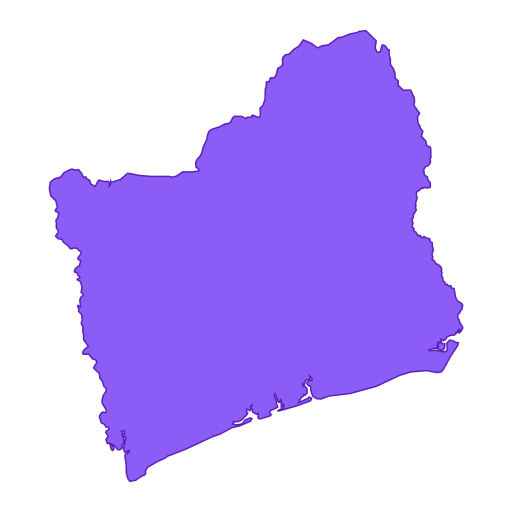 the district of Pebane, Zambezia, Mozambique
{"feature_id": "85939544B33364168787730", "entity_name": "Pebane", "entity_type": "district", "adm_level": 2, "iso_a3": "MOZ", "parent_name": "Mozambique", "parent_adm1": "Zambezia", "projection": "robinson", "projection_center": [38.512, -16.709], "detail": "fine", "context": "isolated", "style": "filled", "palette": "violet", "viewbox_px": 512, "rotation_deg": 0, "n_neighbors": 0, "source": "geoboundaries", "source_scale": "gbopen_adm2", "svg_char_len": 5992}
<svg xmlns="http://www.w3.org/2000/svg" viewBox="0 0 512 512"><path d="M78.5,169.6L75.8,170.1L71.7,169.1L69.3,170.0L64.1,172.6L60.5,177.1L54.6,178.8L50.3,182.1L49.3,188.7L50.7,195.2L51.1,196.3L55.8,200.7L57.4,207.4L55.5,209.7L55.3,211.1L58.8,213.1L57.5,218.4L56.3,219.4L55.9,220.9L56.4,222.6L56.3,227.9L58.0,230.1L58.4,232.3L55.5,235.9L57.9,238.6L62.1,239.5L63.1,241.8L67.8,245.6L70.2,248.5L71.6,248.9L74.0,247.9L76.9,248.4L81.2,252.3L81.2,253.3L77.8,258.1L78.2,259.5L80.7,260.5L79.5,265.5L75.5,268.3L74.3,271.4L74.9,272.2L77.0,272.6L78.1,275.5L79.8,276.7L79.9,277.8L77.6,278.8L77.2,279.7L79.7,281.0L80.7,282.4L82.0,287.1L81.1,292.4L83.1,294.2L83.0,295.5L80.7,297.4L79.8,300.0L80.6,306.5L80.1,306.8L78.2,305.4L77.6,306.4L79.1,309.7L78.4,311.0L82.0,315.1L81.7,317.1L82.3,319.3L81.3,322.9L81.7,324.9L83.0,326.3L82.7,331.6L83.6,334.3L83.6,339.6L88.3,346.3L83.5,350.5L82.7,353.2L83.4,354.3L88.7,354.1L92.1,358.6L96.2,360.2L96.6,362.7L93.7,367.6L94.1,368.6L99.4,373.5L99.8,378.1L102.7,381.8L103.7,386.0L106.5,388.9L105.6,392.1L103.3,395.3L102.0,400.6L102.2,403.2L106.1,409.7L106.4,411.8L105.1,412.6L102.8,412.1L101.4,412.8L99.3,416.3L101.2,422.8L104.5,424.3L105.9,427.0L108.4,427.1L108.7,427.7L108.8,429.4L106.3,431.0L105.7,432.4L107.8,435.7L107.7,437.0L105.9,439.6L107.3,443.5L109.2,443.2L112.2,444.2L114.8,445.9L117.3,449.3L118.7,449.9L120.3,449.5L122.0,448.0L122.2,444.7L123.5,443.7L124.2,440.3L122.1,434.6L123.2,433.7L121.6,431.3L124.4,430.8L124.6,433.5L123.8,436.2L124.1,437.0L125.7,436.9L125.9,437.4L123.4,448.9L125.1,452.6L129.0,450.4L129.5,450.8L129.3,451.7L125.2,454.8L124.9,456.2L126.1,463.5L126.4,473.7L127.9,478.6L129.8,481.3L135.8,480.2L141.3,476.3L144.3,475.1L145.7,473.8L145.3,471.2L147.6,467.3L156.6,462.0L166.0,457.5L166.7,456.5L185.9,449.1L212.2,436.8L219.8,434.2L231.9,427.7L239.5,425.9L250.5,421.3L252.0,418.6L250.1,417.9L245.2,419.9L242.5,423.5L241.0,424.2L236.2,424.9L232.5,423.9L233.9,422.4L233.6,421.4L237.4,421.8L240.7,420.6L242.8,418.9L247.5,413.9L247.7,412.9L246.7,412.3L246.7,409.1L250.0,410.6L250.8,408.9L250.4,406.3L252.0,404.8L252.1,406.0L250.8,406.5L250.6,407.3L252.2,409.3L252.6,412.0L256.5,414.3L258.2,413.4L257.9,417.2L258.6,418.6L260.5,418.8L270.1,415.9L271.2,414.7L269.7,412.5L270.3,410.7L277.5,407.4L277.5,405.7L276.3,404.0L276.6,401.3L274.0,395.7L275.1,393.8L278.7,402.4L279.7,402.2L280.7,399.5L281.2,400.3L281.2,407.0L282.9,406.5L283.0,403.9L283.8,404.8L283.8,406.7L283.0,408.1L278.6,410.2L277.9,410.8L278.3,411.1L296.9,405.8L309.8,401.1L311.0,400.1L311.6,398.3L309.4,397.0L307.0,398.8L298.4,402.7L301.4,397.3L303.2,396.2L303.9,394.6L304.2,395.2L305.2,395.1L307.2,392.9L307.0,388.5L305.3,386.6L303.1,386.4L302.6,384.5L302.9,383.5L304.3,384.9L305.6,380.1L310.0,379.2L309.6,375.9L311.7,377.8L312.2,379.9L307.9,381.4L307.0,382.3L306.8,383.8L308.6,385.8L310.5,385.7L310.9,390.6L312.7,396.2L316.8,398.7L321.1,399.0L328.9,396.0L350.1,393.5L376.6,386.2L399.7,375.3L410.9,371.9L426.5,370.6L437.4,372.6L441.1,371.9L443.2,369.7L450.8,355.9L457.9,345.2L458.2,342.7L456.0,342.5L452.8,340.7L449.7,340.1L446.9,343.0L447.3,349.1L446.0,351.5L443.1,351.9L435.1,350.3L430.3,350.9L428.8,350.1L431.8,348.8L436.2,348.2L437.9,346.0L437.2,344.4L437.9,342.4L441.4,341.5L441.0,339.2L443.6,340.6L445.5,339.5L447.2,336.6L452.2,335.0L454.2,335.2L456.2,333.4L455.8,332.7L456.9,332.5L458.0,330.2L459.6,329.2L459.8,330.2L458.4,332.5L459.1,333.0L461.0,331.3L462.6,328.6L462.6,326.9L459.6,322.4L459.3,320.1L457.9,318.3L457.7,315.8L458.4,313.7L459.6,313.1L460.5,310.7L461.9,309.5L462.7,305.3L461.7,303.5L457.4,300.8L456.6,299.6L455.5,296.8L454.1,288.5L451.4,288.0L450.9,285.7L448.5,286.2L447.3,284.3L445.4,284.6L444.6,282.0L442.9,280.8L442.8,277.9L441.5,275.8L442.0,272.3L441.3,271.1L441.7,268.8L440.8,267.7L440.9,266.8L437.9,264.3L436.3,264.0L433.9,260.3L432.0,259.5L432.8,256.8L431.9,254.3L433.4,250.1L432.3,245.8L432.3,242.9L430.2,241.5L429.7,238.7L426.0,237.9L424.0,236.4L423.3,237.6L421.5,237.5L420.5,235.6L419.3,235.9L418.2,235.1L417.6,235.6L416.0,232.2L413.8,231.0L413.9,228.4L412.7,227.5L412.0,225.9L413.0,223.3L411.8,219.6L413.1,218.0L413.5,214.6L416.2,210.2L415.5,207.3L416.0,205.5L415.4,203.9L417.2,197.7L416.3,195.7L416.6,192.0L420.2,189.7L421.3,188.0L422.8,188.4L425.1,187.2L426.6,188.1L429.8,187.6L430.4,186.7L430.3,182.7L428.1,180.2L427.3,176.9L424.4,174.9L423.7,169.8L425.3,166.9L428.6,165.3L430.6,162.3L430.1,159.5L430.9,157.3L430.7,148.3L430.1,147.0L426.7,145.6L425.8,141.1L421.4,136.3L422.8,131.4L420.4,128.3L420.1,126.5L418.0,123.0L417.5,116.7L419.6,113.4L413.8,105.2L414.6,101.6L414.2,97.9L410.7,90.1L403.3,90.2L398.1,85.3L398.3,80.8L395.1,78.1L395.0,73.5L393.6,69.2L390.4,64.4L390.4,59.1L389.1,55.1L389.1,49.8L387.9,49.7L385.4,46.0L382.9,44.9L381.9,45.5L380.3,51.6L378.6,52.3L376.7,51.7L375.2,47.9L376.2,40.9L365.9,30.7L359.4,31.3L356.8,32.7L349.7,34.0L341.2,37.5L338.3,37.5L328.6,44.8L321.8,45.9L317.6,47.9L311.4,43.4L303.3,39.9L298.7,46.4L293.9,49.3L288.9,54.3L285.5,54.7L283.1,57.2L282.4,59.2L282.7,64.4L281.8,66.0L277.9,68.3L275.7,76.3L273.6,77.9L270.6,77.8L268.8,82.0L266.4,81.9L266.3,85.8L265.3,89.5L265.1,99.2L262.8,105.6L260.0,108.2L260.5,114.9L259.7,116.8L257.9,117.3L252.8,115.1L251.7,115.7L251.8,117.2L247.3,117.2L245.8,118.6L241.6,116.4L234.5,116.3L232.8,117.6L230.6,122.0L229.2,123.2L224.4,124.2L219.8,126.7L211.4,129.5L209.3,131.0L208.0,133.4L206.7,139.5L203.0,147.6L201.8,153.0L199.6,156.9L197.4,158.9L195.6,163.0L196.1,167.2L198.3,168.7L198.9,171.0L192.3,171.9L182.5,171.9L177.0,175.8L173.2,177.2L168.8,176.4L150.8,176.4L139.7,175.5L127.7,173.2L120.6,179.4L112.4,182.1L111.2,182.2L110.7,181.1L110.2,185.2L109.2,186.1L109.7,184.2L108.6,181.5L104.0,181.5L99.2,180.1L97.9,181.1L95.3,186.4L90.8,184.1L89.7,180.3L86.4,178.5L85.8,176.9L83.3,177.2L81.7,173.5L78.5,169.6ZM443.6,344.0L440.8,342.6L438.2,343.0L437.8,344.4L438.5,346.3L437.1,348.6L441.2,350.2L443.1,350.1L444.5,348.1L444.8,345.6L444.7,343.6L443.6,344.0ZM112.6,450.5L114.0,449.0L113.6,447.1L112.6,445.5L109.9,444.2L111.4,449.6L112.6,450.5Z" fill="#8b5cf6" stroke="#5b21b6" stroke-width="1.5"/></svg>